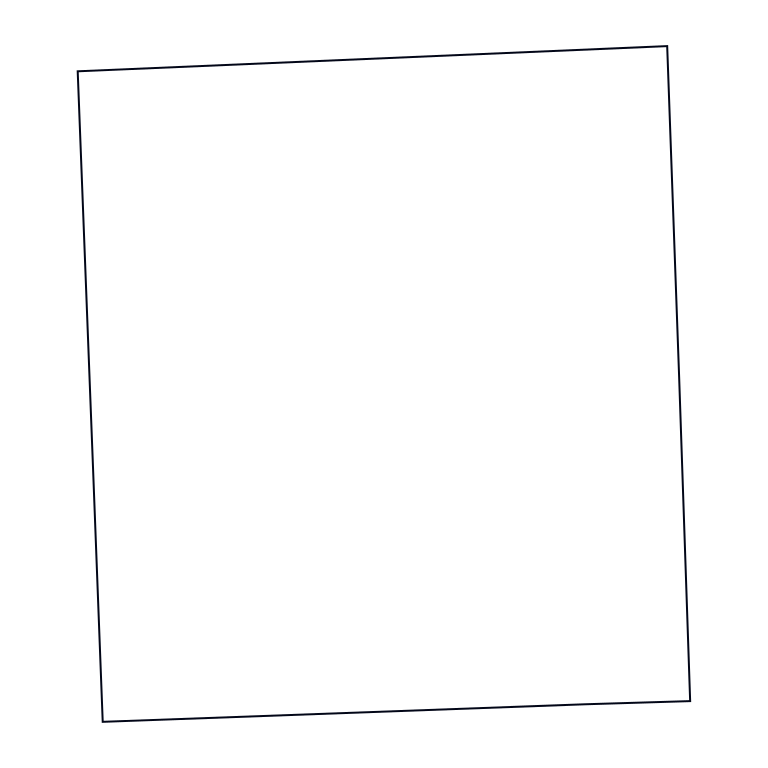 Floyd, Texas, United States of America (Albers equal-area conic projection), rotated 178°
{"feature_id": "52423323B99276961620993", "entity_name": "Floyd", "entity_type": "district", "adm_level": 2, "iso_a3": "USA", "parent_name": "United States of America", "parent_adm1": "Texas", "projection": "albers", "projection_center": [-101.357, 34.071], "detail": "fine", "context": "isolated", "style": "outline", "palette": "ink", "viewbox_px": 768, "rotation_deg": 178, "n_neighbors": 0, "source": "geoboundaries", "source_scale": "gbopen_adm2", "svg_char_len": 255}
<svg xmlns="http://www.w3.org/2000/svg" viewBox="0 0 768 768"><g transform="rotate(178 384 384)"><path d="M89.2,711.8L679.2,707.2L677.7,303.2L676.9,56.2L193.9,56.9L89.1,56.4L88.8,380.4L89.2,711.8Z" fill="none" stroke="#020617" stroke-width="2"/></g></svg>